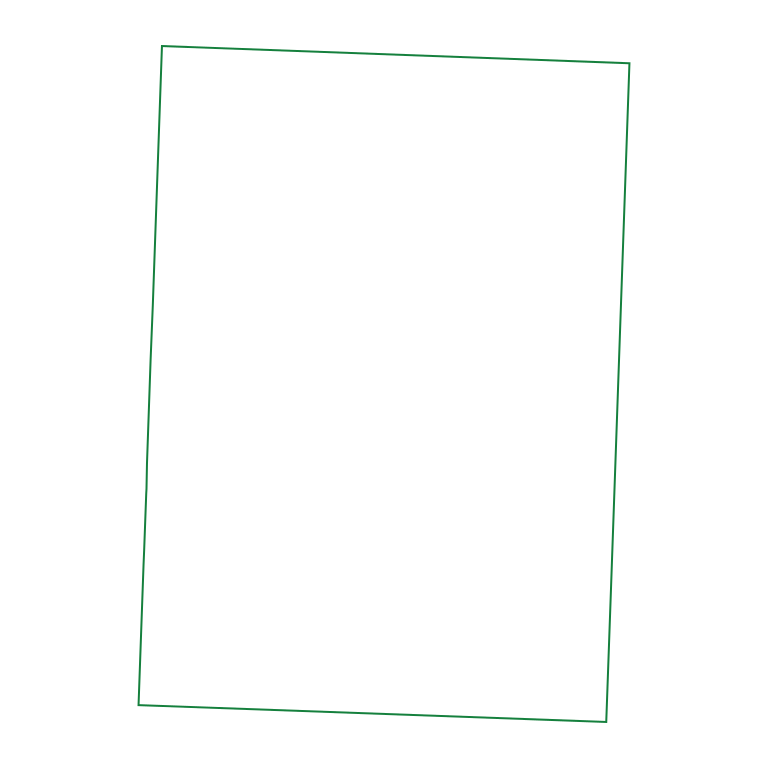 the district of Martin, Minnesota, United States of America, rotated 92°
{"feature_id": "52423323B83140229851985", "entity_name": "Martin", "entity_type": "district", "adm_level": 2, "iso_a3": "USA", "parent_name": "United States of America", "parent_adm1": "Minnesota", "projection": "robinson", "projection_center": [-94.489, 43.674], "detail": "fine", "context": "isolated", "style": "outline", "palette": "green", "viewbox_px": 768, "rotation_deg": 92, "n_neighbors": 0, "source": "geoboundaries", "source_scale": "gbopen_adm2", "svg_char_len": 331}
<svg xmlns="http://www.w3.org/2000/svg" viewBox="0 0 768 768"><g transform="rotate(92 384 384)"><path d="M501.7,617.8L558.5,617.9L572.8,618.0L713.5,618.1L714.0,150.1L581.7,150.0L54.9,149.9L54.0,617.7L313.5,617.8L368.1,618.1L373.4,618.1L471.7,618.1L497.1,617.7L501.7,617.8Z" fill="none" stroke="#15803d" stroke-width="2"/></g></svg>